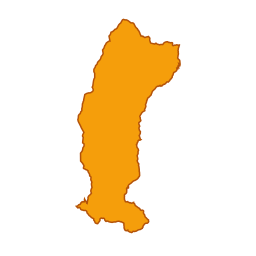 Voineasa, Vâlcea, Romania, rotated 291°
{"feature_id": "2599482B3202377792111", "entity_name": "Voineasa", "entity_type": "district", "adm_level": 2, "iso_a3": "ROU", "parent_name": "Romania", "parent_adm1": "Vâlcea", "projection": "natural_earth1", "projection_center": [23.841, 45.435], "detail": "fine", "context": "isolated", "style": "filled", "palette": "amber", "viewbox_px": 256, "rotation_deg": 291, "n_neighbors": 0, "source": "geoboundaries", "source_scale": "gbopen_adm2", "svg_char_len": 5828}
<svg xmlns="http://www.w3.org/2000/svg" viewBox="0 0 256 256"><g transform="rotate(291 128 128)"><path d="M33.7,171.2L34.9,172.9L36.0,173.6L37.1,174.8L37.4,175.5L37.9,176.1L39.2,177.0L39.4,177.3L39.9,177.2L40.6,177.5L41.5,177.2L44.3,177.8L45.4,178.7L46.1,180.2L47.2,180.8L48.2,180.8L48.6,180.4L49.5,180.1L49.9,178.7L50.8,176.9L51.2,175.8L53.0,174.5L53.7,173.2L54.6,172.7L55.9,172.4L56.3,172.1L56.4,171.8L56.5,170.9L56.3,170.4L55.8,170.0L55.8,169.4L56.2,168.6L56.7,168.2L57.2,167.1L57.2,166.3L57.9,164.0L58.0,163.8L58.1,162.7L59.7,161.2L59.9,160.2L60.6,159.9L60.4,159.6L60.1,159.7L59.6,159.1L59.4,158.5L58.9,158.1L58.9,157.5L59.1,156.9L58.7,156.2L58.9,155.7L58.8,155.0L58.9,154.5L59.2,154.1L58.8,153.6L58.3,152.5L58.3,152.0L59.9,150.4L62.1,149.4L62.8,149.3L63.5,148.9L64.8,148.6L65.5,149.3L66.5,149.7L67.4,149.8L70.1,148.9L70.2,148.7L70.9,148.6L71.2,148.3L71.7,148.5L71.9,149.6L72.3,149.9L73.2,149.6L73.1,148.9L74.2,148.9L75.5,149.2L77.9,150.8L79.3,151.4L80.7,152.2L81.5,153.3L82.0,153.6L83.0,154.5L84.4,155.3L85.8,155.5L86.7,155.9L87.8,155.9L91.0,154.5L91.7,153.9L92.8,153.6L95.7,152.1L97.1,151.1L98.3,151.0L99.3,149.4L100.9,148.2L101.9,148.4L103.1,148.0L105.5,146.4L107.6,146.6L109.6,145.8L111.0,145.8L112.1,144.9L113.2,143.3L115.7,141.8L116.3,142.2L117.3,141.9L118.7,142.2L120.0,142.0L120.5,142.3L120.9,143.5L121.8,144.2L121.9,143.6L125.1,141.1L125.9,141.4L126.7,141.3L127.4,141.4L129.2,140.8L129.7,139.7L131.5,138.4L132.7,138.1L133.9,138.3L135.6,136.7L136.8,136.2L139.1,137.3L139.6,137.3L141.1,136.1L142.1,135.7L142.7,135.0L143.1,134.8L144.4,134.9L145.6,135.2L147.4,135.5L148.4,136.0L150.2,137.5L151.4,136.8L153.1,137.0L154.7,136.9L156.0,136.0L158.5,136.0L159.9,135.8L160.3,135.6L160.6,135.8L163.0,135.7L164.6,136.7L166.5,137.4L167.2,137.8L168.0,137.6L169.0,137.7L170.6,137.6L171.7,137.9L174.5,139.3L176.1,139.6L177.4,140.4L177.6,140.6L177.6,141.1L179.1,142.5L178.7,142.7L179.0,143.1L178.8,143.7L179.3,144.0L179.4,144.6L180.4,144.8L181.2,145.6L181.7,145.8L181.8,146.3L182.1,146.6L182.6,146.8L183.0,147.2L184.3,147.5L185.0,147.9L185.2,148.2L185.2,149.0L187.3,150.0L188.5,150.0L189.5,150.6L189.6,150.8L190.2,150.7L191.0,151.1L192.5,150.7L193.3,151.0L196.2,150.8L197.5,152.0L198.9,152.8L200.6,152.7L201.4,152.0L201.5,152.1L201.2,152.5L201.2,153.0L201.7,152.7L201.9,152.8L201.9,153.0L202.3,152.8L202.4,153.3L202.7,152.8L203.2,153.3L203.4,153.1L203.4,152.8L203.9,153.0L204.3,152.6L204.4,152.8L203.8,153.8L204.4,153.2L205.3,153.1L206.0,152.6L205.7,153.3L205.0,153.6L204.2,154.5L205.1,153.9L206.2,153.8L209.4,152.2L209.9,151.7L210.0,151.2L210.5,150.1L211.1,149.3L212.7,149.0L213.1,148.8L214.9,148.6L216.0,148.2L216.3,147.8L217.3,147.6L218.2,146.9L218.8,146.9L220.1,146.5L224.6,146.2L223.8,146.1L223.5,145.8L223.2,145.2L223.3,144.6L223.0,143.4L222.2,142.6L222.1,141.9L221.0,140.6L221.1,140.1L221.3,139.8L223.2,139.2L223.5,138.7L223.2,137.8L222.7,137.1L222.8,136.1L222.4,135.2L222.7,134.3L222.6,133.6L221.6,132.1L220.6,131.2L218.4,130.5L217.7,128.6L216.9,127.6L217.0,126.8L216.7,125.4L217.2,123.8L216.8,123.2L216.0,123.0L215.4,119.0L215.7,118.4L216.9,117.5L217.2,117.1L218.0,116.7L219.7,116.2L220.8,114.3L219.9,113.2L219.5,112.4L218.5,111.4L218.5,110.9L219.0,109.5L219.0,109.2L218.7,108.9L218.7,108.4L218.9,108.3L218.6,106.9L219.3,106.5L220.0,105.7L221.3,104.6L222.9,102.8L223.2,101.9L224.0,101.2L224.5,99.8L225.2,98.6L227.5,96.1L227.8,95.3L227.8,94.6L227.2,93.1L228.2,89.7L228.4,88.0L227.8,86.2L227.8,84.9L227.0,84.1L223.1,83.5L222.7,83.1L221.0,82.4L217.3,82.0L215.8,81.1L215.6,80.8L215.5,80.5L213.6,79.7L212.4,79.0L211.3,77.8L209.3,78.0L208.2,77.8L207.0,77.3L202.7,80.0L202.5,79.4L201.8,78.7L199.6,77.3L197.4,77.1L196.6,76.8L193.8,76.9L191.7,76.3L188.7,78.1L187.2,78.1L185.1,77.4L183.2,77.6L181.9,77.5L178.8,76.2L177.7,76.1L176.7,76.3L174.5,75.4L172.8,75.6L171.5,75.2L170.3,75.2L168.3,76.0L167.1,77.3L163.0,78.9L161.7,78.7L159.7,78.9L154.5,80.1L153.3,79.9L152.5,80.9L151.0,82.0L150.2,82.0L149.4,81.8L147.7,80.6L146.9,79.4L146.7,78.7L145.4,77.0L143.8,75.7L138.6,76.5L137.8,76.8L136.2,76.7L135.6,76.9L134.2,76.8L131.5,77.7L129.2,78.0L128.1,78.6L127.2,78.6L126.1,78.1L124.4,78.3L123.1,77.5L121.7,77.3L119.5,78.0L117.8,78.2L116.2,79.3L112.6,83.3L111.6,84.2L108.1,88.4L105.6,88.2L104.5,88.3L103.8,88.7L103.3,89.5L98.7,90.7L97.9,91.0L97.4,92.6L97.1,92.8L95.8,93.3L95.0,93.4L93.5,93.0L91.4,93.4L90.4,93.5L89.3,93.3L87.5,92.7L80.2,95.6L78.8,98.2L77.1,100.3L76.5,100.6L75.5,100.5L74.5,100.8L74.2,101.6L74.4,102.3L74.2,102.6L74.0,103.5L74.2,104.5L73.7,105.5L73.8,106.0L73.0,106.4L72.4,106.9L71.6,108.1L70.7,108.9L70.1,109.1L69.7,109.4L69.4,109.7L69.3,110.5L69.0,110.9L68.3,111.3L66.9,111.6L66.1,112.0L65.3,113.0L64.1,113.8L63.1,113.8L62.0,114.2L59.6,115.7L57.5,115.6L56.0,115.8L55.1,116.3L54.1,117.2L52.4,116.7L50.5,115.7L48.9,115.5L47.6,116.1L46.3,116.2L42.9,116.9L43.0,116.4L44.2,115.5L45.7,113.3L46.1,112.9L45.5,113.0L44.3,113.7L43.6,113.8L43.6,113.3L43.0,112.7L43.0,112.2L42.7,112.0L42.3,111.3L41.6,111.3L41.0,110.7L39.8,110.8L39.5,110.7L38.8,109.6L37.0,108.8L36.4,107.8L36.1,108.3L35.4,109.9L36.0,110.6L36.4,110.8L36.3,111.5L36.1,112.0L35.1,113.1L34.9,113.9L35.1,114.9L35.2,116.5L35.8,117.7L35.7,118.7L35.3,119.4L34.1,120.2L33.7,120.8L33.5,121.4L32.4,123.0L31.9,124.8L31.3,125.8L31.1,127.5L31.1,128.4L29.7,129.1L29.2,130.0L27.8,131.3L27.6,131.7L27.6,133.5L27.9,134.0L31.5,135.0L32.6,134.5L33.2,134.5L34.3,135.2L34.5,135.9L34.4,136.7L35.0,137.3L35.0,138.3L33.4,139.7L33.2,140.4L32.9,140.8L32.9,141.0L33.4,141.4L33.6,141.8L33.8,143.0L33.6,143.6L33.8,145.2L34.2,147.0L35.2,148.5L35.9,150.3L36.7,151.0L37.6,152.6L37.8,153.6L37.7,154.5L38.1,155.3L37.8,156.7L37.9,157.6L37.6,158.3L36.0,158.9L34.2,159.9L33.3,160.1L32.3,161.2L32.0,161.2L31.4,162.2L31.5,162.6L31.4,163.0L31.6,163.5L32.6,164.4L31.8,165.0L31.6,166.5L31.5,166.9L31.7,167.5L31.6,168.6L32.0,169.2L33.4,169.8L33.7,171.2Z" fill="#f59e0b" stroke="#b45309" stroke-width="1.5"/></g></svg>